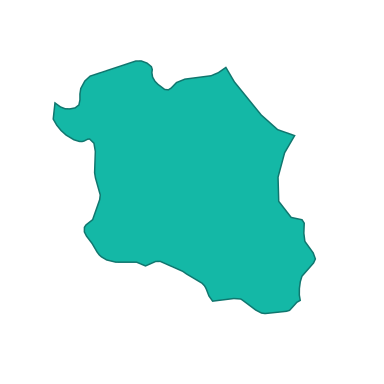 the Province of Lucca, rotated 163°
{"feature_id": "ITA-5383", "entity_name": "Lucca", "entity_type": "Province", "adm_level": 1, "iso_a3": "ITA", "parent_name": "Italy", "parent_adm1": "", "projection": "mercator", "projection_center": [10.483, 44.019], "detail": "fine", "context": "isolated", "style": "filled", "palette": "teal", "viewbox_px": 384, "rotation_deg": 163, "n_neighbors": 0, "source": "natural_earth", "source_scale": "10m", "svg_char_len": 1315}
<svg xmlns="http://www.w3.org/2000/svg" viewBox="0 0 384 384"><g transform="rotate(163 192 192)"><path d="M123.2,301.2L119.3,284.9L103.3,245.4L91.9,226.6L77.4,215.9L92.0,202.4L105.4,181.0L111.8,157.7L104.6,138.7L94.9,133.3L93.8,129.4L97.1,119.9L98.5,111.8L93.9,98.3L93.6,91.9L96.5,88.6L111.5,79.3L114.7,74.5L117.5,68.4L119.5,62.1L120.2,56.7L123.9,55.9L133.3,50.3L136.5,50.3L157.7,54.4L160.9,55.9L165.6,60.5L175.6,74.2L176.8,75.5L183.1,77.9L204.2,81.6L206.2,87.6L206.7,94.7L207.0,96.7L207.5,98.7L208.3,100.3L209.1,101.9L221.2,115.2L224.0,118.8L242.6,134.9L247.1,136.2L258.1,134.9L265.5,141.1L285.4,147.2L293.5,152.0L297.6,156.5L299.1,159.0L300.3,162.3L302.6,172.0L305.8,180.7L306.6,185.3L305.2,189.7L303.0,191.5L295.1,194.6L282.5,211.7L280.6,216.0L280.2,233.7L279.5,238.9L272.6,259.0L271.5,267.3L274.4,272.6L276.4,273.0L280.4,272.3L282.4,272.4L285.0,273.3L289.7,276.5L295.8,283.3L299.2,289.0L301.8,295.4L303.4,302.3L297.0,317.2L292.9,311.8L289.0,308.7L284.6,307.2L279.2,306.6L274.7,308.3L272.2,312.9L270.5,318.5L268.1,323.5L262.0,329.5L255.5,332.6L207.4,333.7L202.1,332.1L197.3,328.4L194.2,323.7L194.2,320.7L195.5,317.8L196.1,313.4L195.1,308.8L193.1,304.9L188.1,298.0L184.7,296.6L181.5,297.5L174.8,301.2L165.8,302.0L139.8,297.6L132.0,298.4L123.2,301.2Z" fill="#14b8a6" stroke="#0f766e" stroke-width="1.5"/></g></svg>